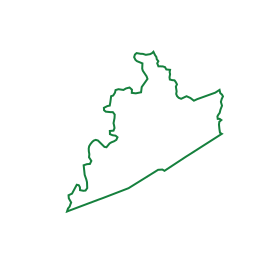 Três Ranchos, Goiás, Brazil, rotated 146°
{"feature_id": "56859067B84433835095202", "entity_name": "Três Ranchos", "entity_type": "district", "adm_level": 2, "iso_a3": "BRA", "parent_name": "Brazil", "parent_adm1": "Goiás", "projection": "mercator", "projection_center": [-47.783, -18.367], "detail": "fine", "context": "isolated", "style": "outline", "palette": "green", "viewbox_px": 256, "rotation_deg": 146, "n_neighbors": 0, "source": "geoboundaries", "source_scale": "gbopen_adm2", "svg_char_len": 1807}
<svg xmlns="http://www.w3.org/2000/svg" viewBox="0 0 256 256"><g transform="rotate(146 128 128)"><path d="M225.2,92.9L192.1,85.0L188.6,84.1L161.2,77.8L126.4,76.5L122.7,74.3L121.7,72.1L95.6,71.8L92.8,71.7L53.5,70.7L54.4,72.6L52.7,76.2L50.7,79.9L48.8,82.1L46.2,82.4L46.9,84.3L48.5,85.4L47.4,87.6L45.7,88.5L43.5,89.3L41.1,91.5L37.6,93.9L36.4,97.7L34.0,99.7L31.6,101.1L31.4,103.1L32.0,105.3L30.8,108.4L35.9,108.5L54.4,113.2L58.1,113.8L59.5,118.0L61.7,121.6L67.6,122.5L69.1,124.7L69.5,127.1L69.0,129.3L67.2,131.2L65.2,135.5L63.0,136.8L62.7,139.3L62.8,141.5L64.6,143.0L66.2,144.8L65.2,146.9L63.0,149.1L62.2,151.1L60.6,152.7L63.5,155.1L63.3,157.8L64.8,159.7L68.3,162.1L67.6,165.3L65.5,166.4L65.7,168.9L64.8,171.0L64.8,173.6L64.3,177.0L66.2,176.6L68.5,176.9L72.3,178.7L74.2,181.1L76.2,182.6L79.0,185.3L81.2,185.0L83.3,183.3L83.7,180.3L83.2,178.4L79.9,173.5L83.0,169.3L83.7,167.2L83.7,163.2L83.7,160.4L84.4,157.8L93.7,154.3L97.2,150.3L102.2,152.4L105.2,155.0L103.3,157.6L104.1,160.7L107.5,161.9L110.5,162.1L114.2,165.5L117.1,166.4L119.0,164.6L122.1,163.2L124.2,163.8L128.1,159.4L130.6,156.8L132.8,157.7L136.7,158.2L137.9,156.1L137.3,154.0L133.7,151.0L131.7,149.6L131.5,146.6L133.6,143.8L137.3,140.1L138.2,137.7L139.2,135.5L141.5,133.9L144.7,135.7L146.4,133.0L144.8,130.6L142.6,128.6L141.9,126.2L144.3,124.7L147.1,124.8L149.7,125.4L151.9,125.5L156.6,124.1L158.1,125.5L159.9,134.4L161.4,136.2L163.4,136.7L165.3,136.5L168.0,135.7L170.4,134.6L172.0,133.0L173.5,130.6L174.7,127.9L176.7,125.5L176.8,121.2L179.7,119.5L182.3,121.0L185.6,121.9L190.1,113.4L191.4,108.5L192.3,106.0L195.4,101.0L198.2,99.9L200.1,100.9L202.5,103.3L201.0,105.8L200.8,108.1L202.2,109.6L208.1,106.5L211.1,104.9L214.9,105.5L216.4,102.8L216.8,98.0L218.6,96.8L220.3,95.5L222.8,94.8L225.2,92.9Z" fill="none" stroke="#15803d" stroke-width="2"/></g></svg>